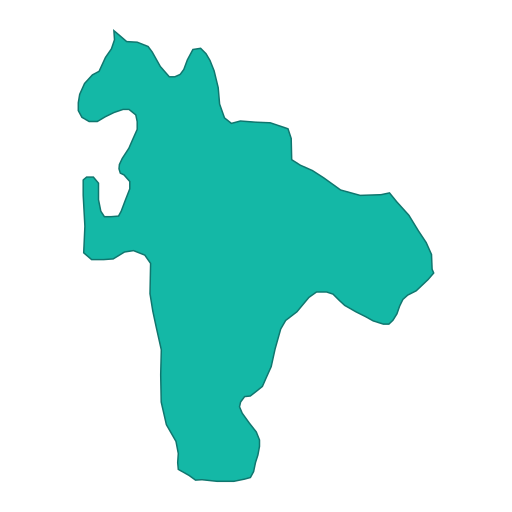 the border of Negotino
{"feature_id": "MKD-2946", "entity_name": "Negotino", "entity_type": "Statistical Region", "adm_level": 1, "iso_a3": "MKD", "parent_name": "North Macedonia", "parent_adm1": "", "projection": "orthographic", "projection_center": [22.1, 41.501], "detail": "fine", "context": "isolated", "style": "filled", "palette": "teal", "viewbox_px": 512, "rotation_deg": 0, "n_neighbors": 0, "source": "natural_earth", "source_scale": "10m", "svg_char_len": 1874}
<svg xmlns="http://www.w3.org/2000/svg" viewBox="0 0 512 512"><path d="M83.8,252.9L83.7,252.8L84.9,226.3L83.2,195.2L83.2,180.1L83.4,179.8L86.6,177.1L93.4,177.1L98.5,183.2L98.5,199.7L100.8,211.2L104.4,216.7L110.8,216.7L118.5,216.1L121.2,211.2L125.3,200.3L129.8,188.8L129.8,181.5L124.0,174.9L120.3,173.1L119.0,168.8L119.4,164.5L122.2,158.5L128.9,148.2L132.6,139.7L137.2,129.4L137.2,121.6L135.8,114.9L129.0,109.4L123.1,109.4L114.0,112.5L105.4,116.7L97.3,121.5L89.1,121.5L81.9,117.3L78.3,110.6L78.3,102.7L79.7,94.3L84.6,83.4L92.4,74.9L99.1,71.3L105.5,57.4L111.4,48.9L114.5,39.8L113.9,30.7L116.8,33.1L126.7,41.6L137.2,42.2L148.1,46.5L152.2,52.0L160.3,66.5L169.3,76.8L174.8,76.8L180.2,74.4L183.8,69.5L187.4,59.8L192.9,49.5L200.6,48.3L206.0,53.7L210.0,60.5L214.1,70.8L218.2,87.7L219.6,104.1L224.5,117.9L231.4,123.4L240.4,121.0L255.8,122.2L270.3,122.8L288.0,128.8L291.2,138.5L291.7,159.7L300.3,165.2L312.5,170.6L323.8,177.9L340.6,190.0L360.2,195.4L381.0,194.7L389.5,192.9L396.8,201.9L408.9,215.3L418.3,230.7L426.2,242.6L431.5,254.5L432.1,269.3L433.7,273.0L428.1,279.5L416.2,290.8L407.7,295.1L402.9,299.4L399.7,305.9L396.9,313.9L392.9,320.3L388.9,324.1L383.3,324.1L373.2,320.9L365.5,316.6L355.9,311.8L344.7,305.4L339.4,300.5L333.0,294.1L326.6,292.0L316.5,292.0L308.9,297.4L296.9,311.8L285.7,320.4L280.7,329.0L275.1,348.9L271.2,366.6L266.4,377.3L262.4,386.4L257.1,390.7L250.3,396.0L244.6,396.6L240.6,402.0L239.5,406.8L242.2,413.2L249.1,422.8L256.3,432.0L259.5,440.0L259.5,446.4L257.9,455.0L255.5,462.5L253.6,471.6L250.4,477.5L244.6,479.1L233.9,481.3L216.9,481.3L202.0,479.7L195.5,480.1L189.0,475.4L178.3,469.4L177.7,462.6L178.3,453.5L176.0,441.4L166.4,424.7L161.2,402.0L160.7,374.7L161.3,349.8L156.2,327.0L152.8,311.1L150.0,293.7L150.6,263.4L144.8,255.1L133.5,250.6L124.5,252.0L113.2,258.9L103.5,259.6L91.6,259.6L83.8,252.9Z" fill="#14b8a6" stroke="#0f766e" stroke-width="1.5"/></svg>